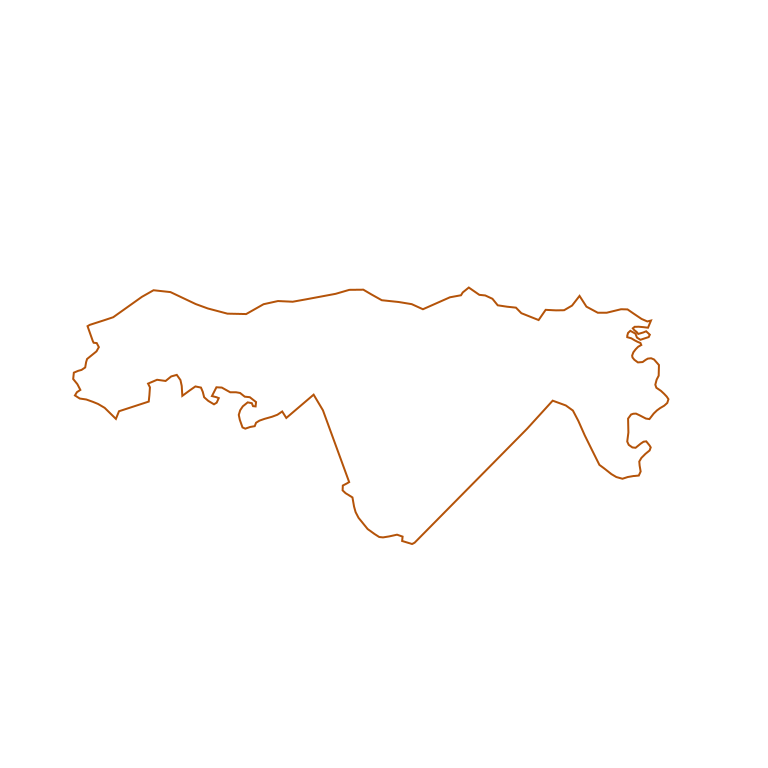 outline of Bandar Baharu, Kedah, Malaysia, rotated 231°
{"feature_id": "92858781B61544181659283", "entity_name": "Bandar Baharu", "entity_type": "district", "adm_level": 2, "iso_a3": "MYS", "parent_name": "Malaysia", "parent_adm1": "Kedah", "projection": "mercator", "projection_center": [100.601, 5.207], "detail": "fine", "context": "isolated", "style": "outline", "palette": "amber", "viewbox_px": 768, "rotation_deg": 231, "n_neighbors": 0, "source": "geoboundaries", "source_scale": "gbopen_adm2", "svg_char_len": 3022}
<svg xmlns="http://www.w3.org/2000/svg" viewBox="0 0 768 768"><g transform="rotate(231 384 384)"><path d="M615.5,190.0L600.6,184.7L598.8,184.3L596.6,186.5L592.1,185.6L590.3,181.1L590.3,169.0L588.5,166.3L584.9,162.2L585.3,157.8L586.7,154.6L588.0,150.1L583.5,145.6L576.8,145.6L570.5,144.3L570.9,140.2L569.6,136.6L564.2,138.4L559.3,142.9L553.4,146.5L548.5,149.2L541.3,151.9L525.6,153.7L529.6,160.9L518.4,190.1L522.9,194.6L528.7,200.0L532.8,200.9L530.1,210.3L523.8,216.2L523.8,223.4L521.5,228.7L515.2,228.3L509.8,225.6L501.7,219.8L501.3,228.7L500.8,235.9L496.4,239.5L491.9,238.2L486.9,235.9L481.5,236.8L475.2,239.1L474.8,242.2L477.0,246.7L479.3,245.4L482.9,242.7L486.9,251.7L483.3,255.7L474.3,259.3L470.7,263.8L467.6,266.5L461.8,267.8L458.2,271.4L450.5,273.2L447.4,270.1L449.2,268.3L452.3,269.2L455.5,266.5L455.5,263.3L455.5,260.2L454.1,255.7L451.4,251.7L446.9,249.4L439.3,246.7L436.6,248.1L434.8,253.0L432.6,257.0L434.4,260.2L433.9,264.2L432.1,269.2L429.0,276.4L427.2,281.8L426.7,287.6L419.1,286.7L420.0,322.6L402.0,320.0L329.7,295.2L330.1,292.5L331.0,288.1L327.4,284.9L323.4,285.4L315.7,288.1L307.6,283.6L302.3,281.3L296.0,280.0L288.3,280.0L281.6,280.0L273.5,282.2L268.1,284.0L265.4,286.7L262.3,292.1L258.7,299.3L253.7,302.4L250.6,299.3L242.0,305.1L241.4,307.9L259.2,467.2L264.9,504.6L252.9,511.8L244.5,514.1L233.0,511.8L217.8,507.7L201.4,504.0L185.6,500.5L179.8,502.0L170.9,504.0L165.5,506.0L160.3,509.7L158.3,514.9L155.4,520.1L155.0,520.6L152.5,524.4L154.5,528.4L159.7,531.3L163.1,533.6L164.6,537.6L165.2,543.4L165.2,548.6L166.9,551.4L169.2,551.7L174.4,551.7L175.8,549.4L176.1,546.0L176.1,542.5L176.1,539.4L178.4,537.1L182.7,535.9L186.2,536.8L192.5,543.4L203.5,551.9L204.8,556.8L204.0,559.0L202.4,561.2L198.9,562.9L192.3,565.8L189.7,568.2L190.4,571.2L191.3,575.0L191.7,579.5L191.5,583.5L190.8,588.1L191.0,592.2L193.2,595.5L196.3,595.8L200.2,595.5L204.4,594.9L209.7,593.3L212.7,594.4L215.8,598.6L217.6,602.7L225.7,609.6L233.1,609.3L235.9,607.8L237.7,605.0L238.1,602.5L238.3,598.8L241.0,594.9L245.3,593.8L248.2,593.8L249.9,594.7L251.7,597.7L252.6,601.4L253.0,604.9L252.4,608.5L254.5,609.1L257.2,607.6L260.2,606.3L263.8,605.0L267.3,602.5L268.4,603.4L270.1,605.8L270.3,608.9L264.9,611.1L260.9,609.8L257.0,611.1L255.6,614.8L253.9,619.2L255.0,621.6L260.0,620.9L260.9,617.9L262.9,613.1L265.5,613.1L268.4,612.4L270.7,612.4L270.7,614.8L268.1,618.1L264.9,621.4L261.6,624.6L265.3,631.4L266.9,628.0L272.5,625.1L281.6,622.3L288.7,620.2L292.9,615.3L299.2,602.0L304.8,595.0L316.7,590.0L329.4,591.4L326.6,579.5L328.0,570.4L332.9,564.1L339.9,556.3L336.4,544.4L352.6,535.3L360.3,534.6L366.6,528.3L373.6,521.9L382.0,521.9L389.1,518.4L393.3,514.2L405.6,510.6L405.6,502.8L404.5,499.7L409.9,489.8L417.6,461.3L428.6,455.8L438.5,447.0L450.5,435.0L461.5,430.6L470.3,427.3L479.0,416.3L484.5,403.2L498.8,376.8L505.4,364.8L515.2,353.8L521.8,340.6L525.1,320.9L537.2,306.6L553.6,294.6L564.6,288.0L589.8,275.9L601.9,263.9L604.1,250.7L605.2,233.1L606.3,215.6L609.6,206.8L615.1,192.6L615.5,190.0Z" fill="none" stroke="#b45309" stroke-width="2"/></g></svg>